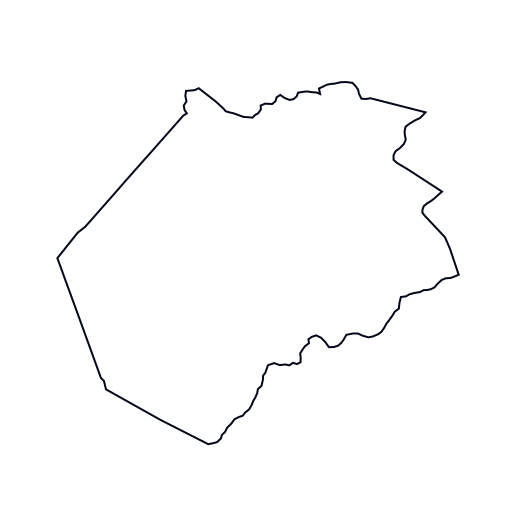 Senhor do Bonfim, Bahia, Brazil, rotated 79°
{"feature_id": "56859067B69300901426109", "entity_name": "Senhor do Bonfim", "entity_type": "district", "adm_level": 2, "iso_a3": "BRA", "parent_name": "Brazil", "parent_adm1": "Bahia", "projection": "robinson", "projection_center": [-40.117, -10.481], "detail": "fine", "context": "isolated", "style": "outline", "palette": "ink", "viewbox_px": 512, "rotation_deg": 79, "n_neighbors": 0, "source": "geoboundaries", "source_scale": "gbopen_adm2", "svg_char_len": 2197}
<svg xmlns="http://www.w3.org/2000/svg" viewBox="0 0 512 512"><g transform="rotate(79 256 256)"><path d="M313.1,60.6L285.9,64.2L273.7,66.9L248.3,82.9L245.2,84.4L242.2,83.7L239.1,81.8L237.1,78.3L235.6,74.2L233.7,70.2L230.9,65.7L228.3,61.1L199.7,90.7L191.7,99.7L187.9,102.6L183.5,101.8L179.9,99.2L177.4,94.0L174.3,89.5L170.4,86.8L166.2,86.8L162.1,86.4L157.6,84.5L155.4,80.0L153.1,73.7L151.9,68.8L149.9,65.7L147.3,62.2L123.0,113.5L122.9,117.8L121.7,122.5L116.2,124.0L112.3,124.0L108.5,125.7L104.4,128.3L102.4,134.5L101.6,139.4L101.8,145.9L101.4,149.5L101.4,153.7L102.6,158.3L103.6,162.2L109.2,162.2L107.2,165.0L105.8,170.0L104.2,174.5L103.8,178.4L103.7,183.5L107.2,185.7L109.2,189.3L109.2,193.3L106.4,197.7L102.5,201.5L104.2,205.5L107.7,207.3L109.9,211.1L108.2,218.0L109.2,222.7L113.1,223.3L116.2,226.5L117.5,230.1L119.5,233.0L118.3,237.2L117.1,241.7L114.0,246.9L111.6,250.9L110.0,254.5L108.2,258.1L105.3,259.7L97.2,265.6L80.4,280.2L81.5,284.6L80.6,293.2L85.4,294.8L90.9,294.7L94.5,298.2L99.0,298.3L102.8,296.7L104.4,300.7L137.8,344.1L140.0,347.1L157.5,369.9L164.9,379.4L167.5,382.7L171.1,387.4L191.0,413.2L194.9,418.4L199.0,426.5L220.2,451.4L226.4,450.4L233.8,449.2L239.8,448.3L282.9,441.4L346.1,431.5L349.7,429.1L358.3,428.7L398.7,381.0L431.6,338.8L431.6,334.5L431.3,329.8L428.4,325.2L425.1,323.6L422.9,320.1L419.0,317.0L416.0,312.4L412.2,308.3L410.8,303.5L410.2,299.4L407.6,296.6L405.4,292.2L401.3,288.6L397.9,286.5L394.8,283.7L390.9,281.0L387.1,279.6L384.5,275.4L379.0,272.9L374.7,271.8L372.5,269.2L369.6,267.5L365.5,265.1L364.6,258.6L367.6,253.6L368.1,247.8L369.7,244.2L367.9,240.0L369.9,236.5L368.8,232.6L364.8,231.6L360.0,231.2L357.3,228.7L353.9,225.2L351.8,220.7L347.7,220.4L346.0,216.6L345.4,212.1L348.6,207.8L353.5,204.5L359.4,201.8L360.2,197.1L359.7,192.5L357.6,188.9L355.1,186.2L350.6,182.3L350.6,175.3L351.6,170.6L354.6,166.5L357.3,161.1L357.3,156.7L356.1,151.1L354.4,147.4L351.0,143.9L347.2,140.8L344.4,137.5L340.3,133.2L337.1,130.4L334.9,125.8L329.3,124.1L323.9,121.6L324.2,116.4L322.9,112.7L322.5,107.7L322.7,102.0L321.5,97.9L322.1,94.4L321.9,90.5L320.9,86.8L318.1,83.4L315.0,78.4L314.1,74.1L314.7,69.1L314.0,65.0L313.1,60.6Z" fill="none" stroke="#020617" stroke-width="2"/></g></svg>